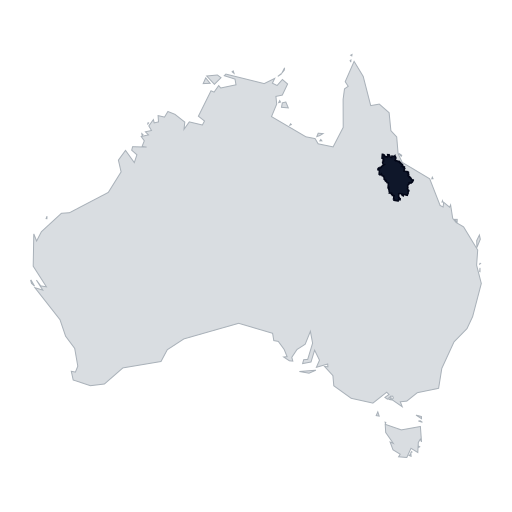 location of Charters Towers, Queensland, Australia
{"feature_id": "25037944B10597176528862", "entity_name": "Charters Towers", "entity_type": "district", "adm_level": 2, "iso_a3": "AUS", "parent_name": "Australia", "parent_adm1": "Queensland", "projection": "albers", "projection_center": [146.233, -20.209], "detail": "fine", "context": "in_parent", "style": "filled", "palette": "ink", "viewbox_px": 512, "rotation_deg": 0, "n_neighbors": 0, "source": "geoboundaries", "source_scale": "gbopen_adm2", "svg_char_len": 8428}
<svg xmlns="http://www.w3.org/2000/svg" viewBox="0 0 512 512"><path d="M363.2,76.4L370.7,105.6L379.3,104.1L389.1,112.7L390.9,130.7L396.7,136.9L398.1,153.7L402.2,162.4L429.7,178.8L440.1,205.5L443.1,207.0L443.7,202.3L449.6,207.2L450.6,204.9L452.7,218.4L456.1,222.5L463.6,226.9L477.7,250.1L476.6,265.2L481.3,283.5L472.6,316.7L467.0,328.6L454.0,341.9L441.8,368.4L438.6,388.3L417.3,392.7L406.8,401.1L400.3,401.8L402.2,406.7L391.9,399.6L393.4,398.0L392.7,396.2L390.8,396.2L387.4,399.2L384.9,397.4L389.0,394.5L386.7,392.2L372.9,403.1L351.2,398.3L333.8,385.8L332.9,375.6L324.6,366.5L327.9,366.8L327.7,364.0L316.4,367.3L319.5,360.2L314.6,350.2L311.0,362.0L302.6,363.6L303.7,359.7L307.7,359.4L312.6,343.2L310.4,331.3L305.2,344.2L297.0,349.5L291.8,357.3L292.8,361.1L289.4,360.8L283.7,357.0L287.1,356.7L284.2,349.5L278.3,341.4L273.8,340.6L272.6,333.3L238.6,323.3L183.9,338.9L167.3,349.7L161.0,361.5L122.9,367.9L104.4,384.0L90.4,385.7L73.2,380.0L71.3,371.3L75.4,372.1L77.8,366.2L74.7,348.4L65.6,336.2L60.0,319.7L34.9,287.7L42.8,290.1L36.4,280.1L40.7,285.9L46.4,286.8L33.2,266.2L33.8,233.9L36.6,241.0L41.4,231.7L61.4,213.3L69.5,212.7L108.3,192.4L121.1,171.9L118.4,160.1L125.5,150.4L134.3,162.6L136.9,154.8L131.7,150.2L132.6,146.7L146.6,147.1L142.1,146.4L144.3,140.8L141.2,136.5L148.5,134.9L145.4,131.8L151.5,130.5L148.8,125.9L153.4,119.6L154.2,122.9L158.5,121.9L158.1,115.6L164.5,117.1L167.9,111.5L174.9,114.3L184.8,122.1L184.0,129.3L189.3,121.9L202.4,125.0L204.5,121.0L198.4,116.2L211.0,90.8L214.1,92.1L218.7,85.6L220.7,88.0L236.0,84.8L235.0,79.1L224.3,75.7L225.9,74.1L264.2,83.6L274.7,78.4L272.4,83.2L277.1,85.5L282.4,79.5L287.6,84.0L282.3,95.1L275.9,96.4L276.7,104.1L271.5,116.6L305.9,136.8L315.1,138.6L318.1,143.8L333.1,146.9L343.2,127.4L343.1,99.4L344.5,88.9L348.2,86.3L345.2,81.7L354.1,61.4L363.2,76.4ZM385.2,424.3L401.3,429.9L420.4,426.5L421.5,441.9L420.3,439.2L418.3,442.4L417.8,452.5L411.0,448.3L406.8,457.5L398.6,456.8L400.2,454.2L393.0,449.8L390.1,442.0L393.3,443.4L385.7,432.5L385.2,424.3ZM206.7,76.0L217.4,75.0L221.0,77.7L214.4,84.3L206.7,76.0ZM299.4,371.5L315.9,370.2L309.0,373.2L299.4,371.5ZM285.8,102.0L288.3,107.9L281.5,107.3L282.3,102.9L285.8,102.0ZM476.9,247.5L476.7,240.6L479.4,235.0L480.3,239.2L476.9,247.5ZM416.0,415.1L421.4,416.5L421.5,418.7L416.0,415.1ZM205.7,77.9L210.1,83.3L203.2,83.6L205.7,77.9ZM379.2,416.1L376.2,415.6L377.8,411.9L379.2,416.1ZM323.0,133.6L319.9,135.5L316.8,136.6L318.2,133.2L323.0,133.6ZM34.6,286.2L31.5,283.4L30.7,280.4L31.1,280.2L34.6,286.2ZM420.3,420.8L422.4,422.3L418.4,421.0L420.3,420.8ZM454.8,219.4L457.2,219.4L457.1,222.4L454.8,219.4ZM398.9,153.4L401.7,155.3L401.2,156.3L398.9,153.4ZM410.9,453.8L411.1,456.3L409.1,455.5L410.9,453.8ZM480.0,267.9L480.0,271.7L479.7,271.6L480.0,267.9ZM234.0,73.3L232.1,71.8L233.2,70.9L234.0,73.3ZM284.3,70.1L281.8,73.2L284.6,67.8L284.3,70.1ZM480.5,263.4L479.3,264.6L480.1,263.3L480.5,263.4ZM291.3,124.6L289.8,125.2L290.6,123.8L291.3,124.6ZM280.5,102.1L278.7,102.6L279.7,100.6L280.5,102.1ZM47.0,216.2L46.9,218.7L46.1,218.6L47.0,216.2ZM350.9,60.0L350.8,62.1L350.1,60.6L350.9,60.0ZM390.8,397.1L391.3,398.3L390.7,397.9L390.8,397.1ZM281.2,74.1L277.8,76.4L281.3,73.6L281.2,74.1ZM148.6,122.9L147.5,124.5L148.1,122.7L148.6,122.9ZM412.0,452.0L411.0,452.5L411.6,451.6L412.0,452.0ZM321.8,140.8L319.9,140.8L320.8,139.5L321.8,140.8ZM143.0,134.6L142.1,135.5L141.8,133.6L143.0,134.6ZM419.7,446.8L418.3,447.5L418.8,446.2L419.7,446.8ZM352.0,54.5L351.8,55.9L350.7,55.2L352.0,54.5ZM390.0,398.7L391.5,399.9L389.1,399.5L390.0,398.7ZM433.0,178.7L431.8,178.8L432.3,177.2L433.0,178.7ZM442.7,202.0L442.0,202.0L442.5,200.8L442.7,202.0ZM385.8,422.4L385.5,423.4L385.1,422.2L385.8,422.4Z" fill="#d9dde1" stroke="#a8b0b8" stroke-width="1"/><path d="M398.1,201.0L398.2,200.0L398.5,200.0L398.6,199.7L400.1,199.8L400.2,198.6L399.1,198.5L399.2,197.4L398.6,197.3L398.8,193.7L399.3,193.7L399.5,193.5L401.8,193.8L401.7,194.4L402.3,195.5L402.9,195.6L403.3,195.8L403.4,194.4L405.3,194.6L405.2,194.8L406.4,195.2L407.3,195.3L407.3,194.8L407.4,194.6L407.5,194.3L407.6,194.0L407.8,193.9L407.7,193.7L408.2,193.2L408.2,192.8L408.1,192.7L407.8,192.3L407.8,192.1L407.9,191.9L408.2,191.7L408.3,191.4L408.8,191.1L408.9,190.8L408.8,190.5L408.7,190.3L408.3,190.2L408.0,190.1L407.7,189.7L407.9,189.5L407.8,189.3L407.7,189.1L407.7,188.8L407.5,188.6L407.6,188.4L407.7,188.1L407.7,187.8L407.9,187.5L407.9,187.3L407.6,186.4L407.7,186.0L407.6,185.8L407.7,185.5L407.6,185.0L407.7,184.9L407.8,184.9L408.0,184.8L408.3,184.7L408.4,184.4L408.6,184.3L408.9,184.2L408.9,183.9L408.9,183.5L408.9,183.4L409.1,183.3L409.1,183.2L409.0,182.8L409.0,182.7L409.5,182.5L409.7,182.8L410.0,182.8L410.2,183.1L410.6,182.9L411.1,183.1L411.4,182.7L411.5,182.5L411.7,182.3L411.8,182.2L412.1,182.3L412.4,182.0L412.5,181.9L412.6,181.5L412.8,181.3L412.7,180.9L412.8,180.6L413.3,180.3L413.3,180.0L411.8,179.8L411.7,179.7L411.5,179.2L411.4,179.2L411.3,178.9L411.2,178.7L410.7,178.3L410.6,178.2L410.6,177.9L410.6,177.6L410.3,177.5L410.2,177.4L409.9,177.1L409.7,177.3L409.6,177.2L409.5,177.4L409.4,177.4L409.4,177.1L409.5,177.0L409.5,176.8L409.3,176.8L409.3,176.7L409.2,176.7L408.9,176.2L408.6,176.1L408.6,175.9L408.2,175.9L408.2,175.7L408.0,175.3L408.1,175.2L408.3,175.1L408.4,174.9L408.5,174.8L408.6,174.7L408.3,174.5L408.4,174.3L408.2,174.2L408.1,173.9L408.0,173.7L408.4,173.8L408.5,173.4L408.5,172.4L408.4,172.4L408.3,172.2L407.7,172.0L407.4,172.0L407.5,171.6L404.0,171.2L404.1,170.9L404.2,170.7L404.2,170.2L404.0,169.9L404.1,169.7L404.3,169.3L404.3,169.1L404.5,169.0L404.5,168.9L404.4,168.4L404.3,168.2L404.3,167.8L404.3,167.6L404.2,167.7L404.3,167.8L404.2,167.8L404.0,167.5L403.9,167.5L403.7,167.5L403.5,167.3L403.2,167.3L403.1,167.1L403.1,166.9L402.9,166.8L402.9,166.7L403.2,166.6L402.9,166.5L402.9,166.4L402.7,166.4L402.7,166.2L402.6,166.3L402.4,166.3L402.7,166.1L402.5,165.9L402.4,165.8L402.5,165.7L402.4,165.6L402.6,165.4L402.6,165.1L402.3,165.0L402.3,164.8L402.2,164.7L402.4,164.6L402.1,164.2L401.9,164.1L401.7,164.2L401.4,164.1L401.4,163.9L401.2,163.6L401.0,163.4L400.9,163.2L400.5,163.2L400.5,162.9L400.1,162.8L399.8,162.8L399.4,162.1L399.4,161.9L399.7,161.9L399.5,161.7L399.5,161.8L399.2,161.7L399.0,161.8L398.8,161.7L398.7,161.7L398.3,161.6L398.2,161.7L397.8,161.5L397.8,161.3L397.7,161.1L397.3,161.2L397.2,161.0L397.0,160.9L397.0,161.2L396.1,161.1L395.8,161.0L395.8,160.8L395.6,160.7L395.4,160.7L395.1,160.4L395.3,160.3L395.3,160.0L395.4,159.9L395.3,159.7L395.6,158.0L395.4,157.9L395.3,157.5L395.5,157.5L395.8,157.7L395.8,157.3L395.6,157.1L395.5,156.9L395.3,156.5L395.1,156.8L394.9,156.7L395.1,156.4L394.7,156.1L394.7,155.9L394.6,156.0L394.6,155.9L394.6,156.0L394.3,156.2L394.4,156.4L391.9,156.1L391.8,157.5L390.6,157.3L389.5,156.1L389.3,155.8L389.4,155.7L389.1,155.6L389.1,154.7L388.0,154.7L387.9,154.7L387.8,154.9L387.6,154.8L387.6,155.1L387.9,155.2L387.9,155.5L388.2,155.7L388.1,155.9L388.2,156.3L388.1,156.5L387.9,157.0L387.6,157.3L387.7,157.5L387.6,157.4L387.4,157.2L387.2,157.4L386.9,157.2L386.6,157.2L386.6,156.7L385.8,156.6L385.7,156.4L385.6,156.2L385.6,156.4L385.4,156.3L385.4,156.5L385.5,156.6L385.1,156.6L385.1,156.8L384.6,156.8L384.6,156.5L384.1,156.5L384.1,155.8L384.2,155.4L384.3,155.3L384.3,155.0L384.0,155.0L383.6,154.8L383.2,154.8L383.0,154.3L382.3,154.3L382.0,158.2L383.3,158.3L383.5,158.6L383.0,159.1L383.1,159.3L383.3,159.4L383.4,159.5L383.6,159.5L383.8,159.9L383.1,160.5L383.6,161.2L382.6,162.0L382.6,162.8L382.7,163.0L383.4,164.6L383.7,164.7L383.9,164.7L384.1,164.7L383.4,165.3L383.2,165.0L381.8,166.3L381.7,166.4L381.6,166.7L381.4,166.7L381.3,167.5L380.0,167.4L379.9,168.3L378.6,168.0L378.5,169.0L378.0,168.9L377.9,169.8L378.2,169.9L378.6,170.0L379.4,170.3L379.1,174.3L379.4,174.5L379.6,174.8L379.9,174.8L380.1,174.8L380.1,174.7L380.3,174.5L381.0,174.5L381.3,175.0L381.8,175.0L381.8,174.7L382.3,175.5L382.3,175.8L383.6,175.9L383.5,176.7L384.0,177.2L384.3,177.6L384.1,178.0L384.1,178.3L384.2,178.5L384.1,179.2L385.1,179.7L385.1,180.1L385.4,180.2L385.2,180.3L385.1,180.5L385.3,180.8L385.4,180.7L385.7,180.9L385.9,180.9L385.9,181.0L386.2,181.1L386.3,181.4L386.3,181.6L386.8,182.2L387.3,182.7L387.3,182.8L388.4,182.9L388.1,187.0L388.9,187.1L388.8,188.2L388.2,188.2L388.3,188.5L388.8,188.9L388.8,189.5L389.2,189.5L389.1,190.8L389.1,191.3L389.6,192.5L389.3,193.0L390.1,193.2L390.4,193.2L391.6,193.1L391.5,194.4L392.5,194.5L392.4,195.5L394.1,195.6L394.0,196.1L393.8,196.1L393.7,198.4L393.5,198.8L394.0,198.9L393.9,200.2L395.2,200.3L395.1,200.5L398.1,201.0Z" fill="#0f172a" stroke="#020617" stroke-width="1.5"/></svg>